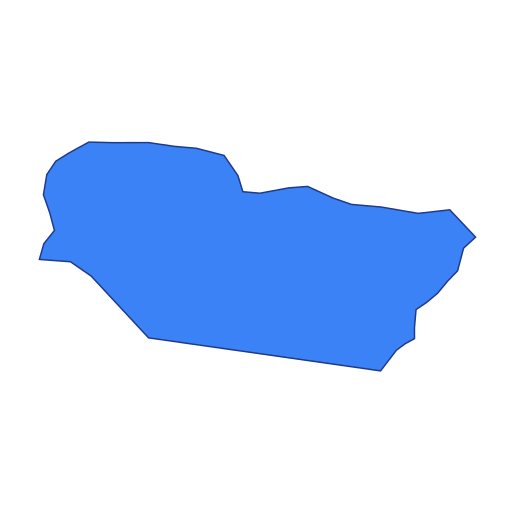 outline of Pano Dikomo, Cyprus, rotated 185°
{"feature_id": "46923920B27145570377181", "entity_name": "Pano Dikomo", "entity_type": "district", "adm_level": 2, "iso_a3": "CYP", "parent_name": "Cyprus", "parent_adm1": "", "projection": "mercator", "projection_center": [33.32, 35.282], "detail": "fine", "context": "isolated", "style": "filled", "palette": "blue", "viewbox_px": 512, "rotation_deg": 185, "n_neighbors": 0, "source": "geoboundaries", "source_scale": "gbopen_adm2", "svg_char_len": 638}
<svg xmlns="http://www.w3.org/2000/svg" viewBox="0 0 512 512"><g transform="rotate(185 256 256)"><path d="M38.9,293.9L67.0,318.9L98.2,312.6L135.7,315.7L165.4,315.7L184.1,320.4L210.7,329.8L229.4,326.7L257.5,318.9L274.7,318.9L281.0,334.5L296.6,353.4L324.7,358.1L346.6,358.1L373.1,359.6L407.5,356.5L432.5,354.9L451.2,342.4L463.7,333.0L471.5,318.9L473.1,298.5L465.3,281.2L459.0,263.9L468.4,249.8L471.5,233.7L440.3,234.1L418.4,221.6L355.9,165.1L121.9,152.4L107.9,174.4L99.9,181.5L90.9,187.5L91.9,198.5L91.9,216.6L81.9,224.7L71.9,234.7L62.9,247.7L53.9,258.8L49.9,281.9L38.9,293.9Z" fill="#3b82f6" stroke="#1e3a8a" stroke-width="1.5"/></g></svg>